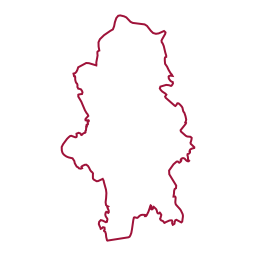 SVG path tracing the border of Central Finland
{"feature_id": "FIN-3177", "entity_name": "Central Finland", "entity_type": "Province", "adm_level": 1, "iso_a3": "FIN", "parent_name": "Finland", "parent_adm1": "", "projection": "mercator", "projection_center": [25.479, 62.526], "detail": "fine", "context": "isolated", "style": "outline", "palette": "rose", "viewbox_px": 256, "rotation_deg": 0, "n_neighbors": 0, "source": "natural_earth", "source_scale": "10m", "svg_char_len": 4744}
<svg xmlns="http://www.w3.org/2000/svg" viewBox="0 0 256 256"><path d="M164.0,31.0L164.5,31.4L165.5,32.4L165.2,33.9L162.1,39.3L161.5,40.6L161.8,42.4L162.6,43.3L163.8,46.2L165.3,52.6L166.2,55.6L166.2,56.9L165.1,57.4L164.8,58.3L164.8,60.6L165.1,63.8L167.1,66.7L168.6,69.9L170.5,73.1L171.8,74.6L172.5,75.9L170.3,75.6L169.1,76.0L168.6,76.6L168.8,78.4L169.3,79.3L170.5,80.9L171.9,81.8L172.7,82.0L173.0,83.3L172.3,84.7L171.4,85.8L170.9,85.9L168.9,85.2L166.2,84.9L160.4,86.6L159.8,88.4L160.6,89.8L162.2,91.5L165.4,93.6L166.4,94.7L166.2,95.0L165.1,96.6L165.7,97.8L174.7,105.7L175.4,106.0L176.4,104.9L177.4,103.3L178.6,103.4L180.1,104.7L181.8,106.6L182.5,107.9L182.8,109.4L183.3,111.4L184.4,112.9L185.5,116.2L186.2,119.6L185.9,121.1L185.4,122.2L185.6,122.2L185.8,122.3L186.1,122.9L185.5,124.1L180.6,130.2L180.9,131.5L185.8,135.8L187.2,136.5L190.5,136.8L191.7,137.9L191.4,139.9L191.0,141.3L190.8,142.0L190.5,142.7L190.8,143.9L194.3,147.2L194.2,148.0L191.9,148.6L190.4,149.4L189.8,150.2L189.5,151.4L189.6,151.5L190.0,151.6L190.0,152.4L189.7,152.9L189.0,153.6L187.6,154.1L187.4,155.2L187.6,155.7L187.9,157.0L188.0,158.4L188.0,159.2L188.6,160.3L189.1,160.8L188.6,161.3L187.4,161.2L186.1,160.3L184.8,158.8L184.2,158.4L183.1,158.1L182.5,158.2L181.4,158.7L180.7,159.9L180.9,160.0L181.1,160.1L181.3,160.2L181.2,160.8L180.9,161.3L180.3,162.0L179.6,162.5L179.2,162.7L177.8,161.5L176.6,161.6L173.5,164.3L169.1,170.5L169.3,174.3L176.2,185.6L176.0,188.2L174.7,189.0L174.1,190.9L174.0,193.4L173.5,196.6L175.2,196.6L175.6,197.5L175.6,198.5L175.3,202.2L175.6,203.9L176.0,204.7L180.2,209.4L180.9,210.5L182.5,213.8L182.9,215.2L182.9,216.8L182.2,221.6L181.3,222.4L176.4,219.8L175.3,220.3L174.7,221.9L174.6,222.6L174.6,223.1L174.4,223.8L173.3,224.6L172.8,224.8L172.4,223.9L172.1,223.1L172.2,222.3L172.4,221.6L172.0,220.5L171.3,220.3L169.5,220.5L165.2,222.4L164.8,222.8L164.4,222.9L163.1,221.2L161.1,220.3L160.6,219.8L160.1,218.9L160.1,218.6L160.3,218.4L160.6,217.7L160.8,216.7L161.2,215.4L161.3,214.9L161.1,214.4L160.7,214.0L160.5,213.4L159.8,212.6L158.8,213.5L157.8,213.3L157.3,212.6L156.7,210.4L156.3,209.4L155.6,208.6L153.7,206.8L153.2,207.3L153.1,208.2L152.5,209.2L151.8,209.4L151.3,209.2L151.1,208.3L151.3,207.6L151.4,206.5L151.1,205.7L150.6,205.4L150.1,206.6L149.8,207.8L148.4,211.8L146.7,215.2L145.9,216.1L145.2,216.1L145.6,215.1L144.7,214.9L142.4,214.8L141.1,215.0L139.6,215.8L137.9,217.5L137.1,217.9L134.6,217.3L133.9,217.6L133.3,220.1L132.0,229.2L131.3,233.0L130.4,235.3L129.6,236.7L128.5,237.3L107.4,240.6L107.0,240.2L106.2,237.0L105.9,233.9L105.2,231.7L104.2,231.2L104.0,230.6L104.7,229.4L104.5,227.6L103.0,227.2L101.8,228.4L100.7,228.8L100.4,227.7L99.5,225.8L98.8,224.0L99.2,221.8L100.8,220.1L102.7,220.6L105.9,222.2L107.0,221.7L107.0,221.1L107.0,220.7L107.2,220.3L107.4,219.8L107.3,218.7L106.2,217.1L105.5,215.8L105.3,214.4L105.7,212.6L106.3,211.8L107.1,212.0L107.4,212.5L108.3,212.9L108.8,212.2L108.7,210.6L107.6,208.0L107.3,207.1L107.6,206.9L108.1,206.5L107.0,206.0L106.0,205.0L105.6,202.2L106.1,198.1L106.4,193.1L106.0,189.7L104.0,182.5L103.6,180.6L102.7,178.9L98.0,181.1L96.6,181.2L93.8,179.6L93.0,178.6L92.9,177.9L92.9,176.2L92.9,174.4L93.0,173.4L92.2,172.2L91.3,171.6L90.1,169.9L89.1,167.8L88.0,166.0L86.3,164.7L84.8,164.8L82.3,166.0L81.5,166.7L82.1,168.2L80.8,168.7L78.9,168.3L78.3,167.5L76.7,166.6L74.8,163.3L74.3,161.0L72.5,158.3L68.6,157.4L66.4,156.5L64.4,155.1L63.3,154.0L62.4,152.6L61.8,150.4L61.7,147.0L63.1,144.2L67.0,138.9L68.8,137.1L70.2,136.0L71.3,135.8L75.3,137.3L76.4,137.1L76.8,136.0L76.6,134.8L76.5,133.7L78.7,132.8L79.3,133.1L79.8,133.2L80.4,133.5L80.9,134.2L81.1,134.8L81.7,135.0L82.6,134.0L83.7,133.2L84.3,133.0L84.9,132.9L85.5,132.3L85.4,131.7L85.3,131.2L85.9,130.6L86.1,129.2L86.1,128.1L86.3,127.8L86.3,127.4L86.1,126.9L86.2,126.4L86.3,126.4L86.8,126.5L86.9,126.2L86.7,126.1L86.6,125.7L86.6,125.0L86.6,124.8L86.9,124.6L87.9,124.3L88.0,123.9L87.9,123.5L87.7,122.4L87.6,122.0L87.5,121.6L87.5,121.3L88.6,121.4L88.8,121.1L88.8,120.5L88.4,120.2L87.1,120.4L85.6,120.3L85.4,119.3L85.8,118.6L88.3,115.9L87.6,114.3L86.6,113.1L85.0,110.4L81.3,101.7L78.3,96.6L78.3,94.7L79.0,94.4L82.0,94.0L82.5,92.4L82.1,91.1L81.0,89.4L79.3,88.8L78.3,88.7L77.4,87.0L77.5,85.1L77.1,83.7L76.4,83.1L75.8,82.0L75.4,80.5L75.2,79.4L75.2,78.1L75.2,77.2L75.0,76.3L74.8,76.3L74.5,76.5L74.1,76.3L73.5,73.6L75.2,73.1L76.4,71.8L77.4,69.8L78.2,67.3L86.2,63.0L89.0,63.2L96.3,65.4L96.4,64.8L96.3,62.6L96.6,60.7L97.2,57.7L97.6,55.2L97.4,53.9L97.4,51.9L97.8,51.4L99.0,50.6L99.3,50.5L98.6,46.6L98.5,42.3L99.9,39.2L104.0,35.2L110.4,30.8L112.9,29.4L114.1,26.3L114.9,22.2L116.3,18.1L118.2,15.8L120.2,15.4L124.0,16.3L126.3,17.4L130.5,21.8L132.7,22.9L144.6,24.4L147.0,25.9L150.9,30.9L153.1,33.0L155.9,33.8L158.7,33.4L164.0,31.0Z" fill="none" stroke="#9f1239" stroke-width="2"/></svg>